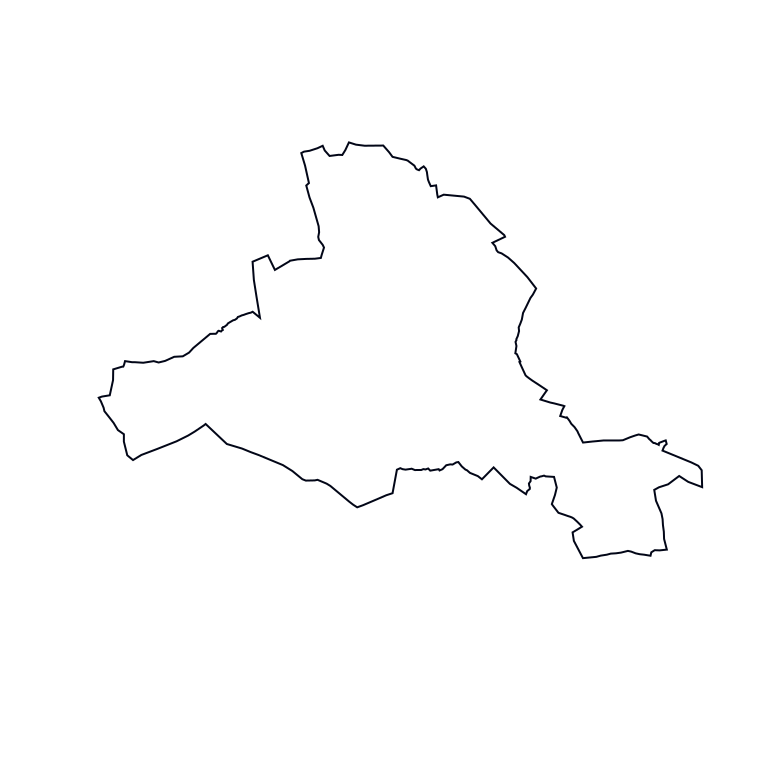 Batagarawa, Katsina, Nigeria (Robinson projection), rotated 72°
{"feature_id": "59680162B37340403082689", "entity_name": "Batagarawa", "entity_type": "district", "adm_level": 2, "iso_a3": "NGA", "parent_name": "Nigeria", "parent_adm1": "Katsina", "projection": "robinson", "projection_center": [7.596, 12.868], "detail": "fine", "context": "isolated", "style": "outline", "palette": "ink", "viewbox_px": 768, "rotation_deg": 72, "n_neighbors": 0, "source": "geoboundaries", "source_scale": "gbopen_adm2", "svg_char_len": 4197}
<svg xmlns="http://www.w3.org/2000/svg" viewBox="0 0 768 768"><g transform="rotate(72 384 384)"><path d="M143.4,342.7L149.6,348.5L153.3,352.9L152.0,356.3L150.3,365.3L143.6,368.2L138.5,368.7L139.2,374.5L139.2,382.7L138.3,388.3L138.8,391.3L151.9,391.6L169.7,393.3L171.2,396.6L183.6,397.2L194.6,396.7L213.7,397.4L219.6,398.8L223.8,401.1L227.0,401.4L232.7,399.3L235.7,398.9L242.0,403.4L244.6,405.1L243.5,411.0L241.0,419.3L238.8,427.5L237.7,435.4L238.1,436.0L241.8,452.5L225.7,454.7L227.1,471.2L244.8,475.6L261.7,478.3L282.7,481.5L274.7,486.6L275.0,488.7L274.8,490.7L274.8,493.7L274.9,496.1L274.8,498.1L275.1,500.5L275.1,502.3L276.2,503.6L276.9,506.0L276.8,507.9L277.2,509.6L277.6,511.5L278.2,513.9L279.1,514.8L280.0,517.3L280.3,518.4L280.1,519.4L280.8,520.7L282.8,520.6L283.1,521.8L283.7,522.7L283.3,523.4L282.3,524.7L282.5,525.7L283.6,527.0L284.3,528.4L282.6,533.8L290.8,554.2L293.9,559.7L295.5,566.8L293.3,575.1L294.4,585.0L293.9,591.7L291.1,595.9L290.1,602.1L289.4,606.4L286.2,614.4L285.5,616.7L282.2,623.2L285.4,625.3L286.9,626.6L286.6,627.8L286.4,637.0L296.6,640.5L310.0,648.3L308.8,656.2L308.9,659.5L313.0,658.6L319.9,658.0L323.5,658.3L329.9,655.9L337.4,653.2L345.6,651.3L351.4,646.9L358.4,649.2L372.5,650.2L378.8,646.2L376.5,636.7L375.7,619.9L374.4,599.0L372.5,586.2L370.8,578.9L367.7,568.1L366.9,566.0L392.5,552.0L401.5,539.0L407.6,531.8L412.8,525.2L429.9,505.2L438.5,498.0L449.3,491.1L451.7,488.2L453.0,483.9L453.7,481.6L454.3,479.5L454.6,476.8L459.7,470.9L461.1,469.3L464.4,466.5L485.2,453.4L489.3,450.6L493.0,447.6L492.8,441.5L491.6,428.0L490.5,416.2L490.5,409.6L469.5,398.2L469.1,394.5L470.7,392.7L472.1,390.0L473.0,384.8L473.1,383.9L475.4,381.2L476.6,377.2L477.3,375.2L477.1,372.9L478.1,370.9L478.0,368.1L480.7,366.8L481.9,358.3L483.4,357.9L483.1,354.7L480.5,349.9L480.9,345.9L481.8,343.6L480.9,339.5L481.2,337.4L486.4,335.5L490.6,333.0L491.6,331.8L495.1,329.7L500.6,323.2L504.9,320.3L497.2,305.5L517.9,295.1L523.7,289.9L532.7,283.0L530.1,280.9L528.9,277.8L527.7,277.3L525.5,277.3L523.4,276.9L521.7,274.6L517.7,273.2L520.9,268.9L520.7,267.6L520.3,264.0L520.5,262.6L520.6,260.1L521.8,258.8L524.9,251.0L535.9,251.7L542.4,255.7L550.1,261.5L551.7,261.0L560.4,257.9L564.4,252.5L566.4,249.9L567.9,247.8L569.2,246.3L570.6,245.1L572.4,244.1L574.5,242.9L578.4,240.9L580.9,239.8L583.4,250.5L591.9,251.9L611.1,248.6L614.0,235.5L614.2,230.9L615.2,224.8L615.4,220.7L616.7,215.7L617.6,210.7L618.1,203.6L619.8,200.7L621.9,198.1L622.8,197.0L624.9,193.4L626.7,189.4L629.7,183.6L626.7,181.8L625.7,177.9L627.4,173.3L628.9,166.2L617.9,165.5L610.9,163.5L604.4,162.3L598.6,160.8L592.8,160.1L579.1,161.4L568.2,159.7L567.9,158.0L567.2,154.4L567.2,144.8L562.7,131.7L571.1,124.9L580.4,113.3L564.2,108.5L558.9,110.4L553.6,115.9L533.4,139.7L530.9,137.7L530.2,136.9L529.7,136.5L529.5,136.1L528.7,134.4L528.4,133.7L524.7,133.5L524.7,134.8L525.0,140.5L526.8,141.5L525.8,142.4L525.1,143.5L524.2,144.3L523.7,145.1L523.3,146.0L521.1,147.3L519.9,147.8L518.5,148.7L515.3,150.0L512.8,154.0L510.7,157.4L510.6,161.0L510.7,166.4L511.3,174.2L510.4,177.7L505.6,192.4L504.1,199.2L503.1,203.6L502.6,206.0L501.2,212.8L496.2,213.6L490.4,214.5L488.9,214.6L483.9,216.1L479.7,218.2L476.5,218.9L474.1,219.7L472.2,220.4L472.4,221.2L472.2,221.4L468.9,226.3L463.9,222.5L462.3,220.9L460.8,219.3L460.2,220.0L458.8,222.2L457.6,224.1L455.0,228.2L453.0,231.6L447.1,240.0L442.9,234.5L440.3,231.0L433.4,236.4L426.7,241.8L423.3,244.3L420.8,246.0L419.5,246.7L410.2,247.8L404.9,248.4L404.8,247.4L396.7,248.4L395.4,249.6L388.8,246.3L384.6,245.9L383.1,244.4L382.3,244.3L379.8,242.0L375.4,239.2L371.8,238.4L368.7,235.7L365.3,233.0L359.4,229.8L355.3,225.7L347.4,218.1L345.0,214.8L340.2,209.8L326.7,214.6L309.1,222.8L302.0,227.0L296.1,231.8L293.9,234.7L291.7,235.6L287.3,235.6L283.2,237.3L281.4,223.4L279.6,223.6L264.3,233.1L241.5,242.2L234.4,245.1L230.5,250.0L222.4,268.7L223.1,275.1L220.3,274.8L211.2,273.1L210.3,278.4L205.6,278.9L203.1,279.0L201.3,278.7L198.3,278.2L195.7,277.7L192.2,277.7L189.3,279.0L190.4,282.7L191.5,284.6L190.8,285.5L189.8,286.6L188.9,287.1L185.8,287.6L180.8,291.1L178.9,292.4L177.9,293.6L174.4,299.5L170.6,305.7L165.2,307.5L157.0,311.0L151.4,328.8L147.7,336.7L143.4,342.7Z" fill="none" stroke="#020617" stroke-width="2"/></g></svg>